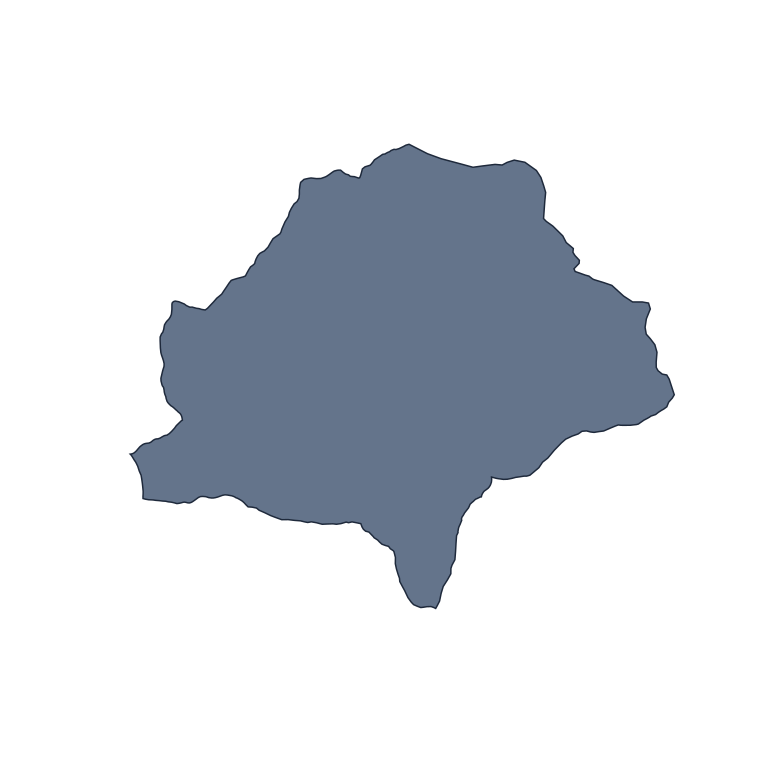 the district of Metsho, Lhuntshi, Bhutan, rotated 145°
{"feature_id": "84629894B9266041490873", "entity_name": "Metsho", "entity_type": "district", "adm_level": 2, "iso_a3": "BTN", "parent_name": "Bhutan", "parent_adm1": "Lhuntshi", "projection": "albers", "projection_center": [91.092, 27.547], "detail": "fine", "context": "isolated", "style": "filled", "palette": "slate", "viewbox_px": 768, "rotation_deg": 145, "n_neighbors": 0, "source": "geoboundaries", "source_scale": "gbopen_adm2", "svg_char_len": 5883}
<svg xmlns="http://www.w3.org/2000/svg" viewBox="0 0 768 768"><g transform="rotate(145 384 384)"><path d="M152.4,208.7L147.6,224.4L147.2,229.2L150.4,232.5L151.9,237.7L151.5,241.4L148.5,245.8L142.2,253.4L139.6,260.8L139.9,268.5L140.6,274.4L137.6,280.7L131.7,286.9L122.8,292.7L120.9,298.6L125.3,303.0L133.3,308.6L137.3,318.6L140.8,334.1L145.9,341.1L152.0,348.9L152.9,350.4L154.2,354.8L156.7,357.8L160.3,362.9L162.9,366.5L162.3,369.4L155.0,370.9L153.0,373.3L153.9,379.7L153.7,383.5L151.2,386.4L153.6,395.3L152.6,402.8L155.1,416.4L157.8,424.1L158.4,428.0L147.6,441.3L141.7,448.2L139.5,454.7L137.0,463.2L136.7,471.5L141.4,484.8L148.9,492.7L156.0,494.9L161.6,495.6L167.1,500.2L178.8,506.4L186.8,510.5L194.6,519.9L208.0,535.8L216.3,547.7L226.0,566.0L229.1,567.1L231.9,567.4L236.7,568.2L239.7,569.2L241.2,570.5L244.2,571.2L246.3,571.1L247.7,571.5L249.9,571.8L251.1,571.8L253.4,572.9L256.2,572.9L260.1,573.0L263.2,573.1L265.4,572.3L268.5,571.4L270.0,571.2L275.0,572.8L278.3,572.6L279.6,571.5L282.0,569.5L283.3,568.4L284.8,567.4L285.7,566.9L286.7,567.3L287.9,568.9L289.3,570.8L290.9,572.1L292.5,573.5L293.1,575.7L295.1,578.1L296.1,581.0L296.9,584.1L298.3,585.1L299.7,585.9L302.6,587.0L304.5,587.1L309.2,587.0L312.2,587.1L313.7,587.4L317.7,588.5L321.4,590.9L325.6,594.6L327.8,595.7L330.4,596.8L332.2,597.5L334.7,597.2L336.6,597.0L338.4,595.4L342.1,591.4L344.4,588.1L347.1,585.0L350.6,583.3L354.3,583.1L359.2,581.0L363.0,578.9L366.2,576.1L372.1,573.6L378.8,569.5L381.2,567.6L383.1,566.7L385.8,566.7L388.4,566.7L391.5,566.7L395.9,564.8L400.5,562.6L405.6,561.6L408.4,562.0L410.9,562.2L413.9,561.4L417.0,559.8L419.2,558.3L420.9,556.8L423.5,556.5L426.1,556.5L429.2,555.2L431.9,553.9L435.5,552.0L437.9,552.5L441.1,553.7L444.1,554.8L448.1,556.1L449.7,556.5L452.8,555.6L457.9,553.6L461.9,552.1L465.4,550.7L468.8,550.4L471.8,550.2L476.5,549.0L480.0,548.3L485.3,547.2L488.0,547.2L490.7,549.8L492.2,551.8L494.2,553.6L497.0,557.0L499.0,558.3L500.9,561.6L501.7,564.1L504.9,569.1L507.5,571.7L509.0,572.2L510.6,572.1L511.8,571.2L515.0,566.7L518.2,563.0L520.6,561.5L522.8,560.6L526.2,559.9L527.8,559.3L529.8,558.4L531.4,556.9L533.0,555.2L535.5,553.3L537.5,552.7L540.4,550.9L542.4,548.1L546.6,541.6L548.8,537.6L549.7,535.1L550.3,532.9L551.3,529.6L552.5,526.7L554.1,524.6L557.7,521.8L563.4,516.7L564.9,514.4L565.5,512.8L566.1,511.3L566.6,509.6L566.5,508.6L566.7,507.2L567.2,506.2L567.5,505.4L568.0,504.5L568.6,503.4L569.0,502.4L569.4,501.3L569.8,499.6L570.0,498.7L570.4,497.9L570.9,496.8L571.2,495.6L571.6,494.5L571.7,492.8L571.6,491.4L571.3,489.8L571.1,488.6L570.4,486.9L570.0,485.6L569.6,483.9L569.4,482.7L568.9,480.9L568.7,479.5L568.3,478.1L568.0,477.0L567.9,476.1L568.1,474.4L568.5,473.0L568.9,472.0L569.9,470.0L571.3,470.1L575.0,469.5L578.0,469.0L580.8,468.0L585.1,467.0L588.5,466.5L589.9,466.6L590.9,466.5L591.9,467.0L593.6,467.7L596.1,468.0L598.2,468.1L599.4,468.4L600.5,468.7L602.2,469.7L603.4,470.1L605.3,470.3L606.3,470.2L607.6,470.1L608.7,470.1L610.5,470.5L613.1,471.9L614.4,472.4L615.3,472.6L616.7,472.8L617.7,472.7L619.1,472.7L620.5,472.5L621.9,472.1L623.7,471.7L624.8,471.3L626.4,471.1L627.8,470.9L629.1,471.0L630.4,471.3L632.1,472.1L631.9,471.0L631.9,469.1L632.2,464.7L632.2,462.3L632.9,457.9L634.4,453.1L635.3,448.6L637.0,445.0L639.0,441.1L640.7,438.0L642.8,434.3L644.3,432.2L646.1,429.9L647.1,428.4L646.5,427.7L645.6,426.6L644.4,425.4L643.2,424.2L641.1,422.6L639.6,421.4L637.7,419.6L634.8,417.2L632.6,415.2L630.1,413.2L628.4,411.3L625.9,409.1L624.0,407.0L622.3,404.9L621.3,404.3L619.6,403.5L617.8,402.8L616.3,402.3L615.1,401.6L614.1,400.6L613.1,399.4L612.2,398.6L611.3,398.0L609.5,397.5L608.0,397.4L605.0,397.4L601.7,397.5L600.5,397.4L599.6,397.2L598.8,397.0L597.0,395.9L594.8,394.1L594.0,393.2L592.8,391.5L590.5,389.4L589.3,388.6L587.5,387.7L585.1,386.8L583.3,386.3L581.8,385.9L580.0,385.4L577.8,384.4L576.0,382.9L574.9,381.8L572.6,379.5L571.8,378.3L571.2,377.4L570.5,375.7L569.6,374.5L568.9,373.1L568.1,371.4L567.4,369.7L567.1,368.7L566.7,367.0L566.3,364.0L565.8,361.3L562.7,358.8L559.6,355.5L558.7,352.2L555.6,347.1L552.3,341.2L549.8,337.5L545.6,331.5L540.3,327.9L535.4,323.5L531.0,319.9L528.2,316.7L525.9,314.3L522.6,312.8L518.9,309.1L515.1,304.6L511.8,302.5L506.1,298.8L503.4,296.4L499.3,294.3L494.2,292.6L492.6,290.7L489.3,289.4L486.0,286.0L483.1,282.9L484.0,279.4L484.2,276.8L483.5,274.0L481.3,271.4L480.3,265.1L480.3,263.8L478.7,259.9L478.3,257.1L477.6,254.0L475.4,250.8L473.4,248.4L473.3,245.4L472.0,242.1L472.0,241.0L474.1,235.4L477.8,230.3L479.9,225.3L481.7,219.8L482.7,216.1L484.4,213.1L485.2,206.5L485.6,202.8L486.9,195.2L486.8,189.6L486.3,186.3L484.3,183.0L482.1,179.8L479.7,178.5L476.6,177.0L473.1,174.7L471.5,172.5L470.4,170.5L467.7,171.8L463.0,174.3L457.3,179.7L451.6,184.2L444.3,187.2L438.1,190.2L435.0,194.5L432.2,196.6L426.7,199.4L421.5,205.7L416.3,212.3L411.5,218.2L408.6,219.8L408.1,220.7L407.0,221.8L405.6,223.2L404.4,224.1L401.8,225.6L400.8,226.3L399.4,227.2L398.6,227.7L397.9,229.1L396.5,230.2L394.3,231.0L392.7,231.8L391.9,232.2L389.6,232.9L388.3,233.3L385.7,234.1L384.6,234.8L383.7,235.3L382.6,236.1L380.0,236.5L378.3,236.6L376.0,237.0L375.0,237.1L373.7,236.8L371.8,236.5L369.9,236.2L369.0,235.7L367.4,237.1L365.9,237.9L363.9,238.7L362.5,238.8L360.5,238.8L358.5,238.9L356.6,239.4L355.5,239.9L354.5,240.4L353.4,241.2L352.4,241.9L351.4,243.0L350.4,244.3L349.3,246.1L346.1,242.3L344.7,240.9L340.9,237.4L337.5,235.2L333.5,233.4L329.7,232.0L326.0,230.1L322.1,228.2L320.0,226.7L316.8,225.6L305.2,226.6L299.0,229.0L292.3,229.4L282.3,232.1L272.4,234.0L266.8,234.6L259.7,233.4L253.6,231.7L248.9,231.7L245.0,229.4L242.3,226.2L239.7,223.9L235.0,221.6L231.0,219.5L224.1,218.1L218.7,216.9L215.6,216.1L213.6,214.3L210.8,212.3L206.0,209.0L200.5,206.0L198.6,205.3L195.2,205.3L191.8,205.3L188.0,204.8L185.6,204.6L183.7,204.6L179.0,203.2L175.4,203.4L172.3,203.3L169.1,203.0L165.4,203.1L161.3,205.8L155.9,207.1L152.4,208.7Z" fill="#64748b" stroke="#1e293b" stroke-width="1.5"/></g></svg>